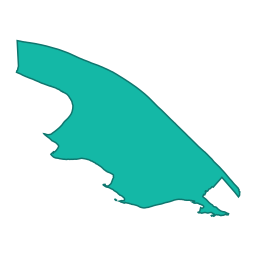 the district of Santa Vitória do Palmar, Rio Grande do Sul, Brazil, rotated 268°
{"feature_id": "56859067B53044633061620", "entity_name": "Santa Vitória do Palmar", "entity_type": "district", "adm_level": 2, "iso_a3": "BRA", "parent_name": "Brazil", "parent_adm1": "Rio Grande do Sul", "projection": "robinson", "projection_center": [-53.104, -33.192], "detail": "fine", "context": "isolated", "style": "filled", "palette": "teal", "viewbox_px": 256, "rotation_deg": 268, "n_neighbors": 0, "source": "geoboundaries", "source_scale": "gbopen_adm2", "svg_char_len": 5675}
<svg xmlns="http://www.w3.org/2000/svg" viewBox="0 0 256 256"><g transform="rotate(268 128 128)"><path d="M55.3,236.0L55.9,236.4L56.5,237.0L57.2,237.2L58.6,237.3L59.3,237.1L59.8,237.5L60.4,237.5L61.4,236.6L62.4,236.8L63.2,236.3L63.9,236.1L64.5,235.6L65.0,235.1L65.7,234.6L68.3,232.2L70.2,230.7L71.2,230.0L71.7,229.5L72.4,229.0L73.5,228.0L76.2,225.9L79.7,223.2L80.6,222.4L81.2,222.0L81.7,221.5L83.1,220.3L85.7,218.1L90.8,213.2L91.2,212.8L92.9,211.5L94.0,210.7L95.7,209.1L96.2,208.6L98.0,207.0L98.4,206.6L98.9,206.2L100.0,205.1L101.0,204.2L102.1,202.9L105.0,199.9L105.6,199.3L106.3,198.6L106.6,198.2L109.3,195.7L116.6,188.8L117.0,188.3L120.3,185.3L127.4,178.5L128.4,177.5L130.5,175.6L131.2,175.0L131.7,174.4L133.2,173.0L135.1,171.1L141.0,165.6L144.6,162.2L148.3,158.4L155.6,151.7L156.2,151.1L157.2,150.2L159.1,148.3L161.4,145.9L164.9,141.9L168.4,137.7L171.8,133.2L174.8,129.1L175.2,128.4L176.0,127.4L176.4,126.8L178.6,123.6L179.5,122.2L182.2,118.2L183.7,115.8L184.5,114.6L185.1,113.3L186.5,110.8L189.9,104.0L190.5,102.6L191.6,100.3L194.2,93.7L195.0,92.1L195.5,91.0L196.2,89.4L197.7,85.8L198.4,84.4L199.0,83.0L199.5,81.9L200.8,79.3L203.9,73.2L205.1,70.7L206.5,67.3L208.5,62.4L209.4,59.9L209.9,58.2L211.6,52.9L212.9,48.8L213.1,47.9L213.9,45.1L214.6,42.2L215.5,38.5L216.8,31.9L217.0,30.5L217.3,29.1L217.5,28.1L217.6,27.3L218.0,25.4L218.6,23.1L218.7,22.4L219.2,20.3L193.4,20.7L192.4,20.3L189.6,19.6L189.2,19.0L187.6,18.5L186.6,20.6L185.7,22.6L184.6,24.4L182.7,28.3L182.5,29.0L182.2,29.5L181.1,32.0L180.5,33.6L180.2,34.4L179.8,35.1L179.6,35.7L179.1,36.5L177.2,40.7L176.8,41.4L176.3,42.4L175.9,43.2L175.1,45.4L174.7,46.3L173.8,48.5L172.5,51.7L172.7,52.3L172.2,52.7L172.0,53.4L171.3,55.1L171.1,55.8L170.7,56.8L170.1,58.0L169.6,58.6L169.4,59.3L169.0,59.8L169.0,60.5L168.4,61.0L168.1,61.5L167.5,62.0L167.3,62.6L166.9,62.9L166.9,63.6L166.6,64.1L166.1,64.2L165.8,65.1L165.3,66.0L165.0,66.5L164.6,67.1L163.9,68.2L163.4,68.6L162.4,69.5L161.9,69.8L161.4,70.3L160.3,70.6L159.6,71.3L159.0,71.6L158.3,71.8L157.7,72.3L156.3,72.9L154.1,73.3L153.7,73.4L152.3,73.8L150.7,73.6L149.9,73.6L146.6,72.8L145.1,72.2L143.9,71.6L142.2,70.4L139.9,68.4L138.7,67.1L137.4,65.6L136.7,64.8L135.4,63.7L133.2,62.0L130.8,59.5L128.5,56.6L127.1,54.7L125.4,52.1L124.9,51.6L124.5,50.8L124.3,50.0L124.1,48.7L124.1,47.8L124.2,47.1L124.4,46.3L125.1,44.4L125.2,43.8L124.6,44.2L122.4,46.7L121.9,47.4L121.5,47.8L120.7,48.9L120.4,49.3L119.6,50.0L119.1,50.5L118.5,51.1L118.0,51.5L117.8,52.0L117.0,53.4L116.0,55.1L115.5,55.7L114.7,56.4L114.2,57.0L113.6,57.4L113.0,57.9L112.3,58.0L111.8,58.0L110.7,57.4L109.6,56.7L108.1,55.5L106.7,53.9L106.8,53.2L106.0,52.7L106.6,52.5L105.4,51.1L104.9,50.4L104.4,50.0L103.4,50.7L102.4,51.7L101.9,52.2L101.5,52.7L101.0,53.7L100.6,54.7L100.2,57.3L99.8,58.4L99.4,60.5L99.2,61.5L99.0,62.8L99.0,63.5L98.9,64.0L98.7,65.6L98.9,66.8L98.9,67.6L98.7,68.3L98.7,69.3L98.7,70.0L98.7,71.1L98.6,71.7L98.7,73.0L98.7,73.6L98.7,74.4L98.6,75.1L98.8,76.9L99.2,79.4L99.4,80.9L99.2,81.5L99.0,82.5L98.9,83.2L98.3,85.7L98.0,86.3L97.9,87.1L97.7,87.6L97.0,89.1L96.5,89.7L96.3,90.3L96.0,91.3L95.5,91.8L94.1,94.3L93.6,94.6L93.3,95.1L92.9,96.0L92.6,96.5L92.1,97.1L90.6,99.2L89.9,100.1L89.0,101.0L88.5,101.5L87.2,102.7L86.6,103.6L86.1,104.1L85.8,104.5L85.6,105.1L85.0,105.6L83.8,108.5L82.1,111.3L81.5,111.8L79.8,111.7L79.2,111.9L77.3,110.9L75.5,110.2L73.2,109.2L72.4,108.4L71.0,106.7L70.7,105.9L70.8,104.8L71.0,103.8L71.5,103.1L72.4,103.2L72.5,102.2L72.3,101.3L71.7,101.4L71.4,102.0L71.0,102.4L70.0,103.9L69.6,105.0L69.4,106.2L68.7,107.7L68.0,108.8L67.0,110.9L66.0,111.8L64.2,114.5L63.6,115.2L62.4,116.2L61.9,116.9L61.2,117.5L61.1,118.1L60.0,119.9L59.4,120.4L58.6,121.4L57.7,122.0L57.1,122.0L56.3,122.0L55.6,121.4L55.5,120.2L55.7,119.1L55.4,117.8L55.2,116.8L54.8,117.8L54.4,118.1L53.6,120.4L53.1,121.5L53.1,122.2L53.7,122.4L53.5,123.2L53.1,124.3L52.7,126.3L52.4,126.8L52.3,127.4L52.0,128.2L51.6,129.1L51.3,130.9L50.4,133.8L49.8,135.2L49.4,135.9L48.9,136.7L48.5,137.5L48.0,139.0L47.7,140.3L47.6,141.2L47.6,142.1L47.9,143.9L48.0,145.5L48.5,147.3L48.7,147.9L48.8,148.6L49.6,151.3L49.7,151.9L49.9,152.7L50.4,155.3L50.7,157.1L51.0,158.9L51.7,161.3L52.1,162.7L52.5,165.0L52.7,165.9L53.1,167.7L53.3,168.3L53.7,169.7L54.4,171.8L54.8,174.1L55.0,176.3L54.8,178.0L54.8,179.1L54.6,179.9L54.5,180.6L54.4,181.2L54.2,181.9L53.9,182.4L53.9,183.5L53.7,184.3L53.7,186.1L53.6,187.4L53.3,187.9L53.4,188.6L52.9,190.5L52.9,191.4L52.5,192.0L51.8,191.6L51.5,190.8L51.5,190.1L50.7,191.3L50.5,192.4L50.6,193.6L50.5,194.6L50.3,195.4L50.0,196.1L49.5,196.6L49.3,197.3L49.1,198.1L48.6,198.9L48.3,199.8L48.0,200.2L47.1,200.9L46.4,200.9L45.9,200.6L45.0,199.2L45.5,198.8L45.3,198.2L45.7,197.8L42.7,197.0L41.8,196.4L41.5,195.9L41.4,195.2L41.5,194.6L40.8,195.6L40.7,196.2L40.9,196.9L40.3,198.8L40.5,199.6L40.9,201.6L40.8,202.7L40.3,204.3L40.2,205.0L40.5,206.2L40.7,207.6L40.7,208.3L40.2,209.1L39.8,209.7L39.1,211.0L38.2,211.3L37.8,210.7L37.9,209.0L37.6,208.2L37.0,208.6L37.4,209.5L37.2,210.1L36.8,210.6L37.1,211.2L37.4,211.6L37.9,212.1L38.1,212.7L38.4,213.1L38.0,214.5L38.0,215.1L38.0,215.8L37.7,216.3L37.5,217.1L37.2,217.7L37.3,218.3L37.5,219.0L37.4,219.6L37.6,220.9L38.1,221.5L38.1,222.2L38.5,222.6L37.9,223.2L37.7,223.9L37.8,225.2L38.9,225.5L39.1,224.8L39.6,223.7L40.1,222.9L40.7,221.8L40.9,221.1L41.1,219.7L41.9,217.7L43.0,216.2L44.0,215.0L45.6,213.6L46.0,212.8L46.3,211.3L46.9,210.5L48.1,209.7L49.1,208.2L50.3,206.8L50.7,206.4L52.9,204.5L54.0,203.5L56.1,201.0L56.8,200.3L58.9,201.3L58.5,202.3L61.2,203.7L61.6,203.0L62.5,203.4L62.1,205.3L64.2,206.9L64.6,208.2L66.4,210.0L65.9,211.1L75.4,220.1L60.1,232.5L55.3,236.0ZM56.6,113.5L57.2,113.1L57.2,111.9L56.6,113.0L56.1,113.3L56.0,114.5L56.6,113.5Z" fill="#14b8a6" stroke="#0f766e" stroke-width="1.5"/></g></svg>